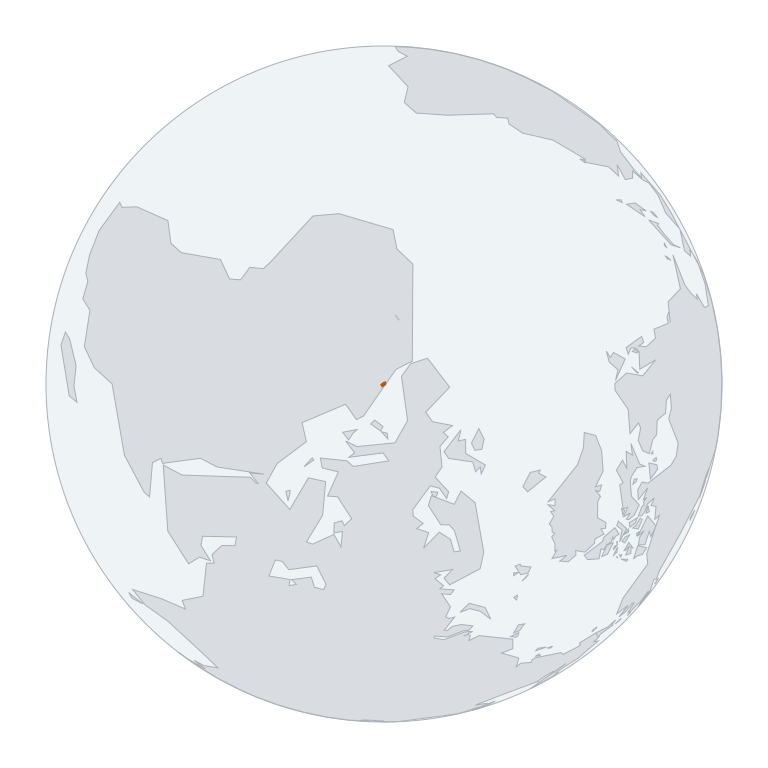 Tissemsilt highlighted on a globe, orthographic projection, rotated 139°
{"feature_id": "DZA-2206", "entity_name": "Tissemsilt", "entity_type": "Province", "adm_level": 1, "iso_a3": "DZA", "parent_name": "Algeria", "parent_adm1": "", "projection": "orthographic", "projection_center": [1.694, 35.775], "detail": "fine", "context": "on_globe", "style": "filled", "palette": "amber", "viewbox_px": 768, "rotation_deg": 139, "n_neighbors": 0, "source": "natural_earth", "source_scale": "10m", "svg_char_len": 10708}
<svg xmlns="http://www.w3.org/2000/svg" viewBox="0 0 768 768"><g transform="rotate(139 384 384)"><circle cx="384" cy="384" r="338" fill="#eef3f6" stroke="#a8b0b8"/><path d="M112.5,182.8L126.9,164.7L126.3,165.5L145.3,144.8L165.9,125.9L175.8,117.9L202.6,101.5L193.9,107.4L201.4,103.6L212.8,96.4L218.4,92.7L259.5,76.4L298.8,62.3L306.5,58.0L308.6,59.5L319.8,52.8L338.0,49.3L320.3,53.4L320.7,54.2L334.6,51.2L338.0,51.5L346.7,50.6L349.6,51.5L339.0,54.8L340.6,55.7L350.4,53.7L359.4,54.1L344.8,56.7L359.1,57.8L344.0,65.6L302.9,75.2L297.3,83.3L262.3,104.2L268.3,104.2L258.9,113.3L262.2,117.0L254.8,120.7L263.9,120.6L270.1,116.7L276.2,115.5L278.7,117.6L269.7,122.3L267.1,122.0L265.7,124.5L260.1,126.1L264.3,126.5L253.1,132.5L267.9,129.9L262.0,137.5L253.5,140.7L249.7,135.9L220.5,134.5L210.8,137.8L200.8,146.4L192.0,170.9L183.1,177.0L174.6,188.4L181.5,186.6L190.7,177.2L201.6,177.5L211.5,166.9L217.4,165.8L229.5,157.5L232.6,163.8L229.1,174.7L219.3,182.3L217.4,187.7L230.9,185.1L216.4,204.7L213.7,227.8L209.4,232.9L193.7,233.1L183.4,220.4L163.1,224.0L181.3,227.3L170.2,241.2L170.5,246.2L174.0,249.1L180.1,246.3L177.4,252.6L158.4,250.9L160.6,245.1L166.6,245.4L161.7,240.0L148.9,240.5L144.3,248.3L129.7,243.3L126.2,249.2L121.1,251.9L127.6,242.6L115.7,259.6L97.8,261.4L81.2,291.9L92.1,260.9L92.7,250.9L91.9,242.4L89.0,247.1L91.9,231.5L87.7,230.3L76.0,249.0L67.0,270.8L64.7,285.2L68.7,279.4L69.8,287.3L59.0,306.9L59.2,328.1L53.4,346.4L52.1,361.9L54.7,367.8L56.6,381.7L61.4,376.2L67.7,379.9L64.2,396.5L70.5,387.1L72.1,400.6L86.7,419.4L84.6,421.7L96.4,457.1L114.8,482.4L119.0,498.2L116.3,503.5L124.0,511.3L124.1,516.1L159.6,545.1L181.9,567.3L184.0,583.1L170.8,592.6L171.7,621.2L151.4,616.1L155.0,625.6L154.2,631.2L140.8,618.6L146.4,624.2L129.7,606.5L114.4,587.7L100.4,567.8L88.0,546.9L81.8,534.6L75.3,520.5L64.6,494.0L50.6,437.4L50.2,426.0L48.9,414.4L53.2,403.8L54.8,378.7L54.1,371.1L51.6,374.8L51.5,345.7L55.2,323.7L71.0,256.7L82.7,230.9L96.6,206.2L112.5,182.8ZM76.0,300.7L76.6,334.2L71.5,324.9L73.4,324.4L74.2,313.7L74.1,299.2L71.0,292.4L76.0,300.7ZM86.8,293.5L86.3,289.0L87.5,292.2L86.8,293.5ZM220.4,91.2L212.6,96.3L201.1,103.2L207.1,98.7L220.4,91.2ZM242.9,80.3L240.2,82.2L232.1,85.0L236.2,83.0L242.9,80.3ZM311.1,55.5L304.1,57.5L309.7,55.6L311.1,55.5ZM347.4,50.3L348.3,49.9L352.4,49.7L347.4,50.3ZM227.0,154.7L228.1,156.1L225.3,156.9L227.0,154.7ZM231.1,150.0L226.8,150.0L228.2,147.8L230.7,147.8L231.1,150.0ZM360.6,51.1L366.9,51.3L358.6,51.6L360.6,51.1ZM235.9,150.6L231.0,144.0L233.5,140.2L245.3,137.5L235.9,150.6ZM369.4,51.9L384.9,53.3L388.2,52.1L387.6,57.2L374.6,53.8L363.9,54.0L369.9,52.9L369.4,51.9ZM270.9,114.6L264.5,118.9L267.5,113.5L270.9,114.6ZM271.4,111.5L271.9,98.3L282.8,93.6L280.4,98.7L292.5,91.6L297.5,95.7L291.9,100.5L284.0,102.6L292.0,102.7L271.4,111.5ZM384.7,60.3L386.9,61.4L382.6,60.9L384.7,60.3ZM278.8,114.7L278.0,112.2L287.3,107.8L290.7,112.1L286.6,112.0L278.8,114.7ZM293.2,88.1L300.7,85.9L306.8,88.5L310.6,88.2L298.5,95.5L293.2,88.1ZM285.8,114.1L292.2,114.5L290.1,118.5L280.3,116.9L285.8,114.1ZM288.3,105.0L292.8,103.2L291.4,105.5L288.3,105.0ZM286.4,134.2L285.2,130.8L289.9,128.1L286.4,134.2ZM294.7,114.3L295.4,113.0L297.1,111.7L300.8,112.8L294.7,114.3ZM303.7,97.1L304.6,98.8L308.9,94.2L313.7,96.4L304.7,101.0L310.6,100.0L312.1,100.7L303.2,103.8L303.7,97.1ZM309.7,110.3L300.0,117.7L301.3,124.4L297.1,126.8L295.8,115.7L309.7,110.3ZM306.6,106.1L307.6,109.1L301.9,110.3L297.7,109.0L306.6,106.1ZM320.1,96.4L315.1,91.8L317.2,91.0L320.1,96.4ZM311.2,111.9L313.5,110.1L312.0,112.2L311.2,111.9ZM318.6,100.7L316.6,99.1L319.0,98.2L318.6,100.7ZM319.8,108.2L316.7,110.4L313.8,109.5L319.8,108.2ZM320.2,104.5L324.1,103.8L314.6,107.8L318.9,103.9L320.2,104.5ZM321.3,100.2L322.1,99.1L321.8,101.0L321.3,100.2ZM332.8,110.9L321.5,116.2L315.1,113.9L326.9,108.9L332.8,110.9ZM472.8,57.9L464.5,57.2L430.1,53.7L445.1,54.9L444.9,56.1L452.2,57.6L462.5,58.9L461.7,58.1L494.6,70.5L525.7,81.7L515.8,75.5L517.9,75.0L544.6,86.7L594.6,119.7L595.2,120.2L606.3,129.5L606.9,130.1L601.0,125.1L613.2,136.5L605.2,129.8L618.6,142.8L622.6,145.6L614.7,137.3L629.9,152.4L631.1,153.5L646.8,171.6L661.2,190.8L674.2,210.9L685.8,231.9L692.3,245.8L693.0,247.2L701.9,269.4L709.2,292.2L709.2,292.3L712.9,306.6L715.0,316.2L712.7,305.8L705.8,286.2L708.5,300.0L704.7,289.7L695.6,278.8L697.4,298.7L702.6,346.3L709.3,374.6L708.5,393.8L692.7,367.7L681.5,344.3L678.3,353.1L659.9,342.6L635.5,365.2L629.7,360.3L625.6,368.1L612.3,368.5L602.6,359.7L595.6,365.3L620.8,388.1L628.1,382.2L630.9,364.4L636.9,374.4L649.4,376.5L643.7,414.8L603.7,467.7L596.1,447.7L546.1,401.3L545.5,393.6L545.2,392.8L544.3,391.5L543.6,404.8L533.8,394.8L564.5,431.0L571.3,448.4L603.2,469.4L601.2,474.2L610.3,476.6L635.0,452.6L636.0,459.8L626.6,500.6L589.1,562.5L591.9,586.5L585.6,608.8L557.6,632.5L555.4,645.9L540.2,655.7L536.2,663.4L521.4,674.6L498.4,686.7L464.3,694.5L465.8,689.1L454.3,679.9L439.9,649.1L452.4,630.2L450.9,616.2L425.8,585.3L431.6,564.6L423.9,556.7L408.7,560.1L399.4,550.2L389.8,550.5L327.4,557.4L306.2,542.0L275.9,494.6L285.6,477.5L283.6,455.5L347.6,382.7L365.4,387.2L420.5,373.3L428.2,375.2L426.2,393.9L471.2,408.6L480.4,391.4L516.7,394.1L537.9,386.5L537.4,351.0L502.6,362.8L492.1,348.6L516.4,325.2L546.1,315.7L543.0,310.0L520.4,303.3L523.4,289.1L512.1,300.0L519.6,304.5L512.7,311.8L505.5,308.4L506.8,303.2L496.8,303.5L493.0,329.3L500.1,336.5L476.1,347.6L485.7,361.2L480.6,369.9L462.5,350.5L461.3,341.9L430.8,322.8L429.9,332.6L458.6,351.7L451.3,351.3L450.3,366.1L445.4,354.5L414.3,332.4L390.1,341.0L365.8,378.3L350.3,381.8L334.3,374.9L336.5,338.6L371.0,335.3L372.2,323.8L359.6,307.7L371.1,308.5L370.2,302.0L382.7,300.2L394.7,283.3L406.5,280.2L405.9,260.3L411.9,256.4L410.5,269.0L415.9,276.8L444.6,270.3L448.6,265.2L445.9,253.1L454.2,253.4L447.8,242.6L461.8,234.1L439.5,235.9L435.7,223.1L441.2,211.4L435.9,207.9L427.0,227.1L427.1,234.8L433.5,240.6L430.2,263.2L421.5,268.6L409.9,247.1L396.2,252.7L393.1,234.7L419.0,191.7L432.6,181.5L466.2,189.3L466.1,198.0L454.0,199.1L470.1,208.9L466.4,202.9L473.3,203.6L471.4,192.7L476.2,192.7L466.2,182.6L471.9,181.5L478.1,187.9L480.1,172.1L490.3,167.8L488.5,164.3L483.6,161.8L499.9,158.7L497.8,156.3L491.7,156.3L483.6,151.9L475.6,143.1L481.6,142.5L485.3,145.5L502.2,151.6L511.2,160.6L512.9,159.5L506.5,151.6L485.9,144.1L479.4,139.1L489.3,141.4L485.2,140.2L483.8,137.5L488.2,134.6L477.3,131.7L454.2,106.9L460.4,99.7L471.8,103.8L462.0,88.8L469.7,83.7L464.0,83.5L455.5,77.3L453.0,78.7L449.7,78.2L426.7,65.2L426.1,62.4L409.8,58.4L406.8,58.5L406.4,60.3L387.6,57.2L388.2,52.1L394.8,51.9L390.8,49.5L406.4,49.8L417.4,49.7L436.9,52.7L443.9,53.0L441.4,52.1L449.2,52.7L469.1,57.0L472.8,57.9ZM330.7,422.0L330.2,428.8L330.7,422.0ZM581.5,322.5L596.8,314.6L583.2,298.1L587.9,294.0L581.6,290.3L582.1,297.0L565.6,286.0L569.8,276.1L564.5,268.4L559.1,270.8L554.1,290.9L577.7,306.3L577.1,316.8L581.5,322.5ZM87.2,419.8L88.6,425.3L85.9,422.3L87.2,419.8ZM68.4,330.0L69.7,334.5L69.6,339.2L68.1,336.9L68.4,330.0ZM85.3,364.7L87.9,370.7L84.1,367.2L85.3,364.7ZM77.3,339.0L83.0,360.5L75.8,355.9L72.6,342.6L76.2,347.7L77.3,339.0ZM81.3,300.9L81.5,304.6L79.8,306.8L81.3,300.9ZM87.7,295.9L87.2,295.2L88.1,291.5L87.7,295.9ZM171.4,241.3L172.8,241.6L175.2,245.6L171.9,245.9L171.4,241.3ZM199.6,252.8L194.6,262.9L195.8,255.5L190.1,257.2L185.6,244.6L207.0,234.8L198.1,241.2L199.6,252.8ZM185.6,226.1L186.0,234.5L184.7,225.7L185.6,226.1ZM352.9,270.5L358.9,274.3L356.8,282.0L341.7,288.1L344.7,276.7L352.9,270.5ZM367.9,278.0L360.6,256.3L369.6,252.4L365.8,258.1L372.5,257.7L368.1,266.9L384.0,285.4L383.1,293.6L355.9,299.0L365.2,292.3L358.8,288.7L367.9,278.0ZM325.8,215.0L322.8,207.6L346.3,208.4L346.5,215.4L331.6,221.3L322.6,216.6L325.8,215.0ZM257.7,148.0L255.1,146.5L257.6,145.0L261.9,145.0L257.7,148.0ZM285.5,132.8L272.2,153.3L268.4,152.5L265.1,166.5L253.9,170.0L256.4,160.6L245.4,174.3L243.1,167.3L236.7,177.1L243.5,155.9L241.0,150.8L248.0,154.9L258.4,151.7L262.1,148.8L270.9,137.0L270.7,125.3L281.0,120.9L288.2,121.0L289.8,123.1L282.7,125.1L290.0,126.6L280.8,131.2L285.5,132.8ZM367.6,135.1L358.6,134.7L371.7,142.0L362.6,145.2L364.7,145.8L359.9,151.0L357.8,158.6L353.0,159.2L354.2,162.0L351.1,165.8L351.1,170.0L342.6,172.7L342.0,178.2L338.3,176.4L339.5,185.3L334.7,180.0L330.2,185.0L337.2,187.5L291.0,196.1L275.3,205.1L264.7,215.9L258.0,206.4L263.6,190.8L275.8,174.5L291.9,167.7L286.0,165.1L291.9,161.3L294.1,164.9L294.3,157.2L299.8,155.1L310.6,143.0L307.4,134.0L311.3,129.8L315.3,132.3L316.4,126.4L326.6,128.5L329.6,125.7L342.7,125.3L348.6,132.6L351.5,128.9L361.6,129.0L367.6,135.1ZM336.4,111.0L345.6,118.0L345.2,123.4L322.6,121.8L318.5,124.1L304.0,124.1L305.0,116.5L309.0,117.1L313.2,116.0L311.2,118.8L315.9,115.7L321.6,116.6L326.8,114.6L328.4,117.3L336.4,111.0ZM434.2,367.3L439.6,367.2L447.4,365.0L446.9,374.7L434.2,367.3ZM412.7,352.6L417.3,350.7L420.3,362.5L414.7,362.9L412.7,352.6ZM417.1,340.1L417.3,349.7L413.8,344.8L417.1,340.1ZM414.4,267.0L418.9,264.7L420.4,267.3L419.1,272.0L414.4,267.0ZM404.5,160.5L399.4,158.7L400.1,157.0L393.2,149.4L399.4,146.9L406.0,150.5L404.5,160.5ZM533.0,358.9L528.5,367.4L524.6,365.5L526.9,362.9L533.0,358.9ZM486.8,372.7L498.7,374.0L486.5,375.4L486.8,372.7ZM410.1,156.5L406.5,153.6L411.8,154.2L410.1,156.5ZM403.6,144.8L409.3,144.7L399.4,145.7L403.6,144.8ZM629.3,581.6L602.2,625.4L590.3,632.2L591.8,624.0L604.3,599.9L619.3,585.9L627.7,571.7L629.3,581.6ZM719.8,346.0L719.7,345.5L719.6,344.5L719.8,346.0ZM710.2,376.2L714.6,387.3L713.5,394.1L710.2,376.2ZM457.7,136.5L460.5,149.3L466.5,158.1L476.3,161.8L463.6,162.6L454.3,149.0L457.7,136.5ZM454.1,110.3L445.4,108.0L448.3,106.0L450.6,106.3L454.1,110.3ZM449.5,111.0L440.7,114.0L435.3,110.8L443.3,109.0L449.5,111.0ZM425.7,134.0L426.1,137.8L421.8,137.1L425.7,134.0ZM531.9,80.2L513.8,73.8L508.0,71.8L517.6,73.7L521.2,75.4L527.1,77.9L527.7,78.2L531.9,80.2ZM389.7,60.7L387.2,61.4L387.3,60.2L389.7,60.7ZM448.5,79.2L443.9,78.3L444.2,76.6L448.5,79.2ZM431.4,75.4L434.3,77.8L428.7,75.5L431.4,75.4ZM441.2,83.6L434.2,79.0L444.5,83.1L441.2,83.6Z" fill="#d9dde1" stroke="#a8b0b8" stroke-width="1"/><path d="M384.1,383.1L384.5,383.3L384.7,383.5L384.8,383.5L384.9,383.4L385.0,383.3L385.3,383.4L385.3,383.2L385.5,383.2L385.9,383.2L386.2,383.1L386.3,383.2L386.6,383.3L387.0,383.4L386.6,384.2L386.5,384.3L386.4,384.3L386.2,384.4L386.2,384.5L386.3,384.6L386.5,384.8L386.7,385.0L386.7,385.3L386.2,385.3L385.9,385.4L385.8,385.2L385.7,385.2L385.2,385.2L384.8,385.3L384.2,385.3L384.1,385.2L383.9,385.2L383.9,385.3L383.7,385.3L383.6,385.2L383.4,385.0L383.2,385.0L383.0,384.9L382.9,384.7L382.6,384.6L382.4,384.5L382.2,384.6L382.2,384.8L381.9,384.7L381.9,384.4L381.9,384.1L382.0,384.1L382.3,384.0L382.5,383.9L382.7,383.6L382.7,383.4L382.8,383.3L382.8,383.2L383.1,383.1L383.1,382.9L383.3,382.7L383.5,382.7L383.5,382.8L383.6,383.0L383.9,383.1L384.0,383.2L384.1,383.1Z" fill="#f59e0b" stroke="#b45309" stroke-width="1.5"/></g></svg>